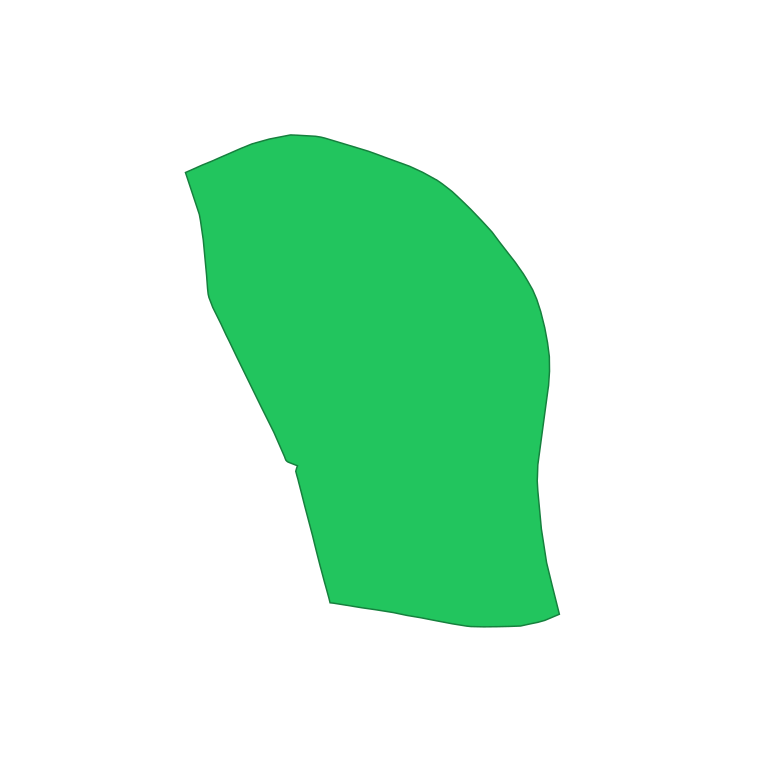 outline of Phra Nakhon, Bangkok Metropolis, Thailand, rotated 141°
{"feature_id": "78962969B48360013024769", "entity_name": "Phra Nakhon", "entity_type": "district", "adm_level": 2, "iso_a3": "THA", "parent_name": "Thailand", "parent_adm1": "Bangkok Metropolis", "projection": "albers", "projection_center": [100.499, 13.756], "detail": "fine", "context": "isolated", "style": "filled", "palette": "green", "viewbox_px": 768, "rotation_deg": 141, "n_neighbors": 0, "source": "geoboundaries", "source_scale": "gbopen_adm2", "svg_char_len": 1632}
<svg xmlns="http://www.w3.org/2000/svg" viewBox="0 0 768 768"><g transform="rotate(141 384 384)"><path d="M259.3,277.2L257.2,279.1L247.3,289.8L238.3,301.2L230.9,313.2L230.8,313.4L223.7,326.5L216.7,341.5L212.0,353.7L209.2,363.6L208.1,370.2L207.1,376.5L206.4,381.8L205.8,390.4L205.4,396.0L205.2,407.4L204.9,421.5L204.4,434.0L205.3,448.9L206.6,464.6L208.1,477.5L209.9,490.6L212.7,502.6L214.7,509.5L215.2,510.5L220.7,524.1L227.1,537.1L240.8,559.9L249.5,574.5L269.8,604.4L275.4,612.6L275.8,613.1L277.7,615.6L281.2,619.5L283.6,621.7L294.7,631.8L299.0,635.6L300.1,636.5L318.9,646.5L335.3,653.6L346.8,657.1L369.6,663.4L377.1,665.4L387.3,668.5L401.5,672.3L405.2,673.3L420.8,632.0L423.8,626.5L433.8,609.7L453.5,580.1L461.0,569.3L464.1,564.5L465.6,561.4L466.5,558.6L468.9,551.2L472.8,533.7L475.9,521.3L476.4,519.0L477.3,514.9L481.4,497.7L493.7,444.1L500.0,415.7L507.1,389.9L507.8,388.0L508.2,386.4L508.1,385.3L507.9,384.2L507.3,383.0L502.7,374.9L505.0,373.5L506.5,372.4L507.5,371.7L509.8,366.6L509.9,366.3L511.1,363.5L512.4,360.8L513.0,359.4L514.2,356.8L516.9,350.9L521.4,341.2L522.6,338.6L523.9,335.7L535.1,310.8L538.8,303.0L542.2,295.7L545.5,288.5L548.4,282.2L549.2,280.3L555.1,267.1L556.5,263.8L558.2,259.9L561.9,251.5L563.6,247.9L561.3,245.6L552.6,235.9L542.0,224.0L532.8,214.1L526.4,207.0L520.5,200.4L511.8,189.7L502.5,179.2L492.7,167.5L481.7,154.5L472.1,143.8L469.1,140.8L459.3,132.5L448.3,123.8L438.6,116.3L430.2,110.0L421.8,105.8L414.5,102.0L407.8,99.1L400.2,96.9L392.6,94.7L380.2,121.4L370.1,142.8L352.8,172.5L331.6,204.3L325.8,212.4L323.1,215.4L315.4,224.3L259.3,277.2Z" fill="#22c55e" stroke="#15803d" stroke-width="1.5"/></g></svg>